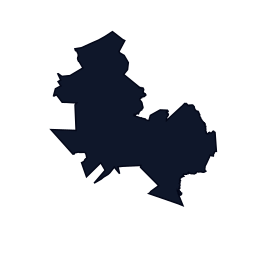 Dr. Belisario Domínguez, Chihuahua, Mexico, rotated 318°
{"feature_id": "50627088B53231411399009", "entity_name": "Dr. Belisario Domínguez", "entity_type": "district", "adm_level": 2, "iso_a3": "MEX", "parent_name": "Mexico", "parent_adm1": "Chihuahua", "projection": "orthographic", "projection_center": [-106.401, 27.994], "detail": "fine", "context": "isolated", "style": "filled", "palette": "ink", "viewbox_px": 256, "rotation_deg": 318, "n_neighbors": 0, "source": "geoboundaries", "source_scale": "gbopen_adm2", "svg_char_len": 5956}
<svg xmlns="http://www.w3.org/2000/svg" viewBox="0 0 256 256"><g transform="rotate(318 128 128)"><path d="M69.6,110.6L70.6,111.3L71.7,110.7L72.5,111.3L74.9,112.6L75.6,113.6L79.4,117.0L79.7,118.3L78.6,120.7L78.3,121.0L77.6,122.6L77.3,122.7L76.2,122.6L75.4,122.6L74.4,122.8L73.9,123.1L73.2,123.3L73.1,123.5L70.3,122.7L64.5,136.5L84.5,135.6L82.8,144.1L65.9,146.3L73.9,148.0L76.9,148.1L82.0,149.1L84.6,149.1L91.6,147.9L91.2,156.3L94.6,150.1L98.4,152.8L112.5,164.4L111.0,165.6L112.1,187.8L112.2,191.4L102.6,190.4L100.6,190.8L99.6,190.6L114.7,217.9L116.9,222.4L120.2,213.3L122.7,207.6L122.8,207.5L122.7,208.1L122.0,210.1L122.0,210.7L121.9,211.1L121.9,211.7L121.7,212.0L121.8,212.7L122.3,213.1L122.5,213.1L123.7,212.9L123.8,212.8L124.3,212.2L124.0,211.7L123.8,210.8L124.2,210.5L124.3,210.2L124.0,209.4L124.0,208.8L123.8,208.5L123.8,208.4L124.0,208.3L124.5,208.3L124.9,207.3L125.4,206.9L125.7,206.9L126.1,207.4L126.3,207.4L127.0,206.0L127.3,205.8L128.0,205.6L128.5,205.1L128.7,204.7L128.9,203.9L129.2,203.7L129.1,203.4L129.4,203.3L129.7,203.6L130.0,203.6L130.4,202.7L130.9,202.0L131.2,202.1L131.4,202.4L131.6,202.4L131.9,202.1L131.9,201.9L131.7,201.4L131.7,201.1L132.1,201.0L132.2,200.8L132.6,200.7L132.9,200.4L133.1,200.3L133.6,200.2L134.0,200.4L134.5,200.2L135.2,200.5L135.4,199.9L135.5,199.9L136.1,200.7L136.3,200.8L136.5,200.5L137.1,201.1L137.2,200.2L137.4,200.1L137.8,199.7L138.3,199.7L138.7,199.5L138.9,199.7L139.0,200.3L139.7,200.7L139.9,201.0L140.6,201.6L142.0,201.8L142.2,202.0L142.3,202.3L142.6,202.3L142.9,201.5L143.1,201.3L143.3,201.3L143.4,201.8L143.3,202.2L143.3,202.4L143.9,203.3L144.2,203.9L144.4,204.2L144.7,204.4L144.9,204.7L145.5,205.1L145.7,205.5L146.4,206.2L146.6,206.5L147.0,206.6L147.3,206.6L148.3,207.0L148.9,206.6L150.3,206.9L150.7,207.3L150.9,207.8L152.3,208.8L152.4,209.0L153.2,209.1L153.5,209.4L153.4,210.3L153.9,210.7L154.5,211.4L155.0,211.7L156.1,212.0L156.8,212.2L157.0,212.2L157.0,211.9L156.5,211.3L156.7,210.9L157.3,210.3L158.1,209.3L158.6,208.9L159.1,208.6L159.7,207.9L162.2,207.0L169.4,203.9L170.8,203.1L171.2,203.6L171.7,204.8L172.4,205.5L172.7,205.9L174.3,204.4L175.3,204.3L176.0,203.7L176.3,203.6L176.4,203.8L177.0,203.8L177.7,204.0L177.9,204.1L178.1,204.4L189.7,189.5L189.4,189.1L189.5,187.7L189.2,187.4L188.7,187.3L187.8,187.5L186.5,187.6L186.0,187.1L185.8,186.9L185.8,186.1L185.7,185.8L184.5,185.5L183.8,185.8L183.3,185.8L183.2,185.7L183.3,185.5L183.0,185.2L182.6,184.3L182.7,183.9L183.1,183.8L183.4,183.5L183.4,183.1L183.6,182.8L183.5,182.6L183.9,182.2L184.0,181.8L184.0,181.5L184.7,181.3L184.9,180.9L185.3,180.5L185.4,180.2L185.5,180.2L185.9,179.8L186.1,178.9L186.8,178.9L187.0,178.5L186.8,177.7L186.9,177.4L186.9,177.2L187.4,176.7L187.4,176.3L187.9,176.7L188.1,176.3L188.0,175.9L188.1,175.5L188.1,175.3L188.2,175.1L187.8,174.5L188.0,173.6L187.9,172.7L188.0,171.7L188.2,171.2L188.1,170.8L188.3,170.3L188.2,169.9L188.3,169.6L188.6,169.4L188.8,169.1L188.8,168.6L188.9,168.1L188.9,167.8L189.1,167.5L189.3,166.8L189.7,166.4L190.1,166.3L190.1,165.8L190.3,165.6L190.3,165.2L190.7,164.4L190.6,164.1L190.8,163.9L190.8,163.6L191.1,163.2L190.9,162.9L191.2,162.5L191.1,162.2L190.7,161.9L190.3,161.3L190.1,160.8L190.2,160.3L190.1,159.8L190.0,159.4L190.3,158.8L190.5,157.9L190.9,157.3L191.2,156.5L191.5,156.3L191.4,155.7L191.4,155.1L191.5,154.8L191.4,154.5L191.4,154.3L191.0,153.7L190.3,153.3L190.1,153.3L190.1,153.0L189.6,152.8L189.3,152.3L188.9,152.2L188.7,152.3L188.4,152.0L188.2,152.2L188.0,151.8L187.7,151.6L187.8,151.2L187.6,150.9L187.8,150.7L187.6,150.5L187.5,150.2L187.8,149.9L187.8,149.6L187.7,149.3L187.6,148.7L187.0,148.7L186.9,148.5L186.9,148.1L186.5,147.7L182.5,148.0L182.1,147.9L161.6,148.2L162.3,147.4L163.1,146.7L164.4,145.6L165.1,145.8L165.3,145.7L165.5,145.5L166.2,145.5L167.0,145.0L167.3,144.7L167.3,144.4L166.6,143.9L167.0,143.4L167.3,142.5L167.0,142.0L167.5,141.7L167.8,141.7L168.0,141.8L168.0,142.3L168.2,142.6L168.6,142.7L168.8,142.6L169.0,142.4L169.1,142.0L169.1,141.5L169.0,141.3L169.1,141.1L164.0,136.1L162.8,135.8L153.1,133.6L148.6,136.4L148.0,136.0L147.2,134.7L146.8,134.3L146.9,133.2L146.7,132.9L146.8,132.8L145.8,131.3L145.5,131.2L145.1,130.5L144.9,130.3L145.0,130.0L144.7,129.4L144.6,129.2L144.0,128.9L142.7,126.3L141.9,125.3L141.5,124.0L140.9,123.2L141.4,122.7L141.2,122.3L141.5,122.2L141.9,121.9L142.1,122.1L142.2,122.7L142.5,123.2L143.4,123.2L144.1,122.9L144.6,123.0L145.2,123.3L145.1,123.5L144.9,123.6L144.8,124.0L145.0,124.1L145.0,124.3L145.2,124.5L147.3,123.4L147.8,123.5L148.2,123.3L149.7,123.4L150.2,123.7L150.6,123.6L151.2,123.2L151.6,123.1L152.4,123.1L153.0,122.6L153.9,120.8L155.2,118.6L155.4,117.9L155.6,116.8L155.4,116.2L155.9,114.6L156.1,114.3L156.4,114.2L157.4,114.4L157.9,113.9L158.0,114.0L158.3,114.3L158.4,114.0L158.4,113.9L158.9,114.1L159.2,114.0L159.5,114.3L159.5,114.5L159.8,114.6L160.6,115.2L161.3,115.5L161.5,115.6L161.8,115.3L162.5,115.3L163.2,115.5L163.4,115.3L163.5,115.0L163.4,114.5L163.7,114.2L163.3,113.1L163.2,113.1L163.1,112.8L162.8,112.6L162.7,112.3L163.3,111.9L163.5,111.1L164.5,110.6L165.5,109.8L165.6,109.5L165.7,108.7L165.9,108.5L165.8,108.1L165.4,108.0L165.2,107.7L164.6,107.5L164.7,106.7L164.1,106.4L164.0,105.9L163.7,105.9L163.7,105.7L163.3,105.5L163.6,105.1L163.4,104.8L163.4,104.6L163.6,104.6L160.6,85.3L166.7,84.3L172.0,79.6L173.7,71.5L172.2,66.8L172.5,65.1L184.1,60.9L183.2,58.7L180.9,46.0L172.0,44.6L165.0,43.0L158.4,40.8L147.1,37.2L141.5,33.6L141.4,33.8L141.5,34.0L141.3,34.3L141.2,34.7L140.9,35.0L141.0,35.3L140.9,35.6L141.0,36.0L141.3,36.1L141.4,36.3L141.4,36.6L141.4,37.3L140.8,38.1L140.8,38.9L140.3,39.9L139.6,40.7L139.4,41.2L139.5,41.4L139.3,41.8L139.0,41.9L138.8,41.8L138.7,41.6L138.4,41.8L138.0,41.8L137.6,42.2L137.1,42.6L136.4,43.8L135.9,45.4L136.2,45.8L134.7,53.2L120.0,50.3L113.4,45.4L112.5,41.0L112.1,40.8L110.1,47.4L107.1,46.7L106.3,51.8L100.3,50.3L93.7,54.6L94.2,54.5L95.0,55.0L95.6,54.9L96.7,55.5L97.1,55.6L96.3,64.8L99.5,67.8L106.7,75.1L104.1,75.4L87.8,95.1L69.7,77.7L69.6,110.6Z" fill="#0f172a" stroke="#020617" stroke-width="1.5"/></g></svg>